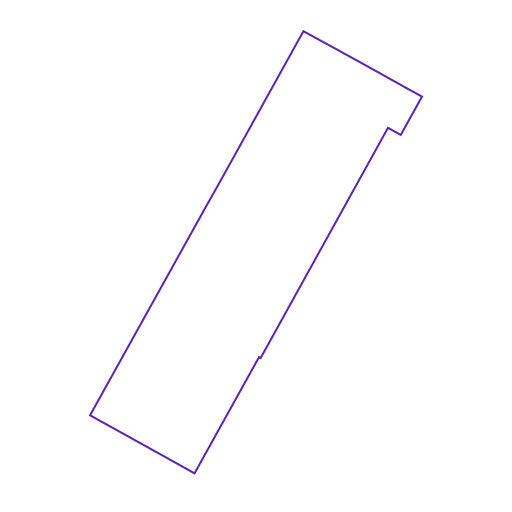 Washington, Oklahoma, United States of America, rotated 29°
{"feature_id": "52423323B53714318951384", "entity_name": "Washington", "entity_type": "district", "adm_level": 2, "iso_a3": "USA", "parent_name": "United States of America", "parent_adm1": "Oklahoma", "projection": "robinson", "projection_center": [-95.895, 36.711], "detail": "fine", "context": "isolated", "style": "outline", "palette": "violet", "viewbox_px": 512, "rotation_deg": 29, "n_neighbors": 0, "source": "geoboundaries", "source_scale": "gbopen_adm2", "svg_char_len": 439}
<svg xmlns="http://www.w3.org/2000/svg" viewBox="0 0 512 512"><g transform="rotate(29 256 256)"><path d="M188.5,36.4L188.5,211.1L188.3,237.1L188.1,463.5L188.1,475.8L239.3,475.8L262.2,475.8L307.6,475.9L307.7,343.0L309.5,343.1L309.4,221.2L309.3,79.9L323.9,79.9L323.9,36.1L310.4,36.2L273.2,36.1L268.7,36.1L267.9,36.1L266.7,36.1L245.8,36.1L234.4,36.2L228.8,36.1L211.6,36.3L188.5,36.4Z" fill="none" stroke="#5b21b6" stroke-width="2"/></g></svg>